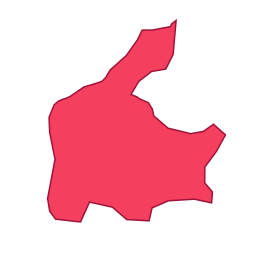 map outline of Camenca (Mercator projection), rotated 258°
{"feature_id": "MDA-1652", "entity_name": "Camenca", "entity_type": "District", "adm_level": 1, "iso_a3": "MDA", "parent_name": "Moldova", "parent_adm1": "", "projection": "mercator", "projection_center": [28.71, 47.999], "detail": "fine", "context": "isolated", "style": "filled", "palette": "rose", "viewbox_px": 256, "rotation_deg": 258, "n_neighbors": 0, "source": "natural_earth", "source_scale": "10m", "svg_char_len": 830}
<svg xmlns="http://www.w3.org/2000/svg" viewBox="0 0 256 256"><g transform="rotate(258 128 128)"><path d="M62.8,34.1L75.7,34.7L112.5,50.1L140.3,50.5L154.8,53.0L166.0,60.6L168.7,65.4L169.6,69.7L170.0,73.8L170.9,77.9L177.3,93.4L178.6,109.1L179.3,112.7L182.0,116.6L188.6,122.8L191.1,127.3L199.3,141.5L212.3,155.6L220.8,162.2L218.8,172.0L218.3,190.5L220.8,192.4L223.2,197.4L190.7,187.5L182.7,181.1L177.8,177.2L178.4,162.8L171.4,148.3L160.3,138.0L160.2,137.9L160.1,138.0L156.7,143.1L154.4,145.1L148.5,153.2L141.6,155.7L134.4,155.8L119.5,167.1L109.4,188.2L109.0,201.0L113.9,212.4L101.0,221.9L86.5,209.4L73.9,195.1L58.4,191.6L47.8,197.3L37.4,194.2L44.6,178.1L48.4,152.3L44.8,134.9L32.8,129.3L38.7,107.7L53.8,96.3L63.5,74.9L46.5,62.4L46.1,62.3L46.6,60.0L53.9,38.2L62.8,34.1Z" fill="#f43f5e" stroke="#9f1239" stroke-width="1.5"/></g></svg>